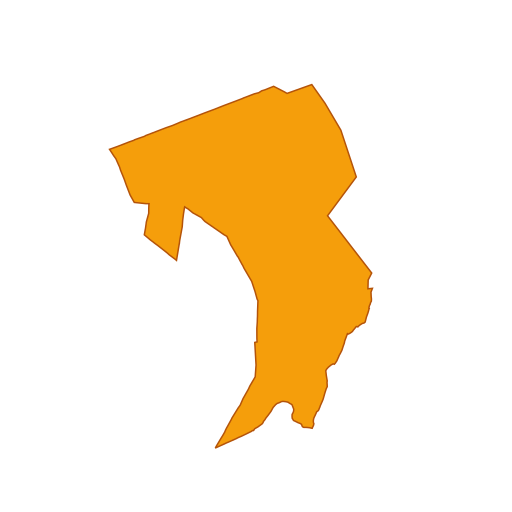 outline of San Miguel Ejutla, Oaxaca, Mexico, rotated 324°
{"feature_id": "50627088B91603185074528", "entity_name": "San Miguel Ejutla", "entity_type": "district", "adm_level": 2, "iso_a3": "MEX", "parent_name": "Mexico", "parent_adm1": "Oaxaca", "projection": "albers", "projection_center": [-96.744, 16.594], "detail": "fine", "context": "isolated", "style": "filled", "palette": "amber", "viewbox_px": 512, "rotation_deg": 324, "n_neighbors": 0, "source": "geoboundaries", "source_scale": "gbopen_adm2", "svg_char_len": 3730}
<svg xmlns="http://www.w3.org/2000/svg" viewBox="0 0 512 512"><g transform="rotate(324 256 256)"><path d="M219.9,415.0L220.2,414.8L221.8,413.9L224.7,412.2L225.5,411.7L226.4,411.1L230.7,407.7L233.1,405.9L234.9,404.6L236.6,403.7L236.9,403.5L237.9,402.0L239.1,400.1L240.2,398.9L242.6,394.1L244.4,390.9L245.0,389.8L246.8,389.0L249.2,388.5L252.7,388.3L255.0,388.6L255.7,389.6L257.2,389.3L257.9,389.0L259.2,388.6L260.0,388.2L264.0,385.9L264.9,385.3L266.7,384.5L269.8,382.9L270.3,382.6L273.7,380.1L275.8,378.7L276.9,377.8L277.1,377.6L277.3,377.4L277.7,377.0L284.3,372.6L284.5,373.3L286.3,373.7L288.6,373.8L289.8,373.7L291.1,373.2L292.4,372.9L295.7,372.0L296.7,373.2L297.0,373.0L299.7,372.9L301.7,373.0L302.5,373.1L304.0,373.7L304.4,373.7L305.5,373.6L309.6,370.2L312.6,368.2L314.6,366.7L315.9,365.6L316.8,365.0L316.6,364.7L317.0,364.2L318.5,362.9L320.2,362.0L321.2,361.1L322.7,360.4L323.8,359.1L324.4,358.2L325.3,356.6L327.8,352.8L331.2,350.6L327.3,348.3L332.7,341.3L339.6,337.8L337.5,265.5L383.6,251.0L398.6,204.1L401.6,173.0L401.9,150.1L376.7,142.7L375.4,139.8L370.0,129.1L360.5,126.7L357.7,125.7L354.2,125.5L349.9,123.8L338.4,120.7L337.9,120.7L330.1,118.6L318.5,115.4L307.3,112.5L299.4,110.3L281.5,105.5L273.8,103.3L271.0,102.7L265.0,101.3L259.1,99.5L258.8,99.4L237.5,93.7L237.2,93.7L236.0,93.6L230.2,91.8L226.0,90.6L225.2,90.6L220.9,89.3L219.1,88.8L218.2,88.6L206.7,85.5L200.5,83.7L200.2,83.6L200.0,88.0L199.8,91.5L199.8,94.9L198.4,101.4L198.0,103.5L197.2,106.0L196.9,106.8L194.6,116.2L192.8,122.2L190.0,132.7L189.0,141.1L197.2,148.5L197.9,149.1L200.2,150.8L199.7,151.3L197.1,154.6L194.3,158.4L187.3,164.0L185.9,165.5L182.7,168.8L178.1,173.2L180.0,181.0L180.1,181.3L181.7,186.7L182.8,190.1L186.0,201.5L186.5,204.0L187.9,208.5L188.6,210.8L188.7,211.2L189.1,212.8L200.6,201.5L200.8,201.2L201.1,201.1L201.3,200.9L203.4,198.6L213.5,189.0L217.7,184.0L222.4,179.0L226.7,174.7L227.2,174.3L227.6,175.4L227.7,175.8L228.6,177.7L230.3,184.1L234.4,192.8L234.7,196.1L235.0,198.1L242.6,219.9L244.0,223.0L242.1,232.1L241.8,235.7L240.8,245.7L241.0,246.1L240.8,247.2L240.3,250.6L240.1,252.3L239.8,254.3L239.7,255.8L239.1,259.0L237.6,274.0L237.3,274.9L234.3,284.3L232.4,289.3L231.6,291.4L231.3,293.3L228.0,297.5L224.7,301.7L223.3,303.6L221.8,305.6L220.5,307.2L218.2,310.2L214.1,315.1L208.2,323.3L206.4,326.1L204.2,325.2L191.9,344.3L184.4,353.2L183.9,353.5L174.5,357.6L171.7,359.2L162.5,363.4L161.8,363.7L155.5,367.4L152.4,368.4L141.2,373.0L140.4,373.5L133.0,377.0L131.2,377.8L128.9,379.0L127.3,380.0L123.3,381.8L120.8,382.8L111.7,386.7L110.9,387.2L110.1,387.5L111.0,387.6L122.9,390.0L123.6,390.2L133.0,392.2L134.1,392.3L136.0,392.7L138.0,393.2L149.2,395.2L150.5,395.1L151.3,395.7L151.7,395.7L152.1,395.5L152.2,395.4L153.6,395.0L157.1,395.4L160.2,395.4L162.3,395.4L163.6,395.0L164.9,394.2L166.9,393.7L168.8,392.9L172.1,392.0L176.8,390.5L180.8,388.6L184.4,387.8L186.4,387.7L188.8,388.4L190.8,388.7L192.3,389.4L194.5,391.4L195.9,393.0L196.7,395.1L197.5,396.8L197.7,397.5L196.7,401.3L196.7,401.5L196.2,402.5L195.3,403.5L194.3,404.3L193.3,404.8L192.5,405.2L192.2,405.3L191.6,406.0L190.8,407.1L190.0,408.4L189.8,409.0L189.9,409.9L189.7,410.6L189.7,411.0L189.8,411.3L189.9,411.6L190.3,412.2L191.3,414.1L192.0,415.5L192.8,416.7L193.2,417.3L193.4,417.7L193.6,418.2L193.8,418.8L193.7,419.3L193.7,419.7L193.4,420.4L193.3,420.9L193.3,421.0L193.3,421.5L193.6,422.2L193.8,422.6L194.4,423.1L195.5,423.9L196.5,424.7L198.4,426.4L199.6,427.8L200.2,428.4L200.5,428.2L201.5,427.6L202.7,427.0L203.6,426.3L204.3,425.6L204.4,424.9L204.6,424.5L205.1,423.6L205.8,422.7L206.4,422.1L207.7,421.0L209.0,420.3L210.3,419.6L212.2,418.5L213.5,417.7L214.5,417.7L215.4,417.7L216.4,417.3L217.6,416.5L218.8,415.8L219.9,415.0Z" fill="#f59e0b" stroke="#b45309" stroke-width="1.5"/></g></svg>